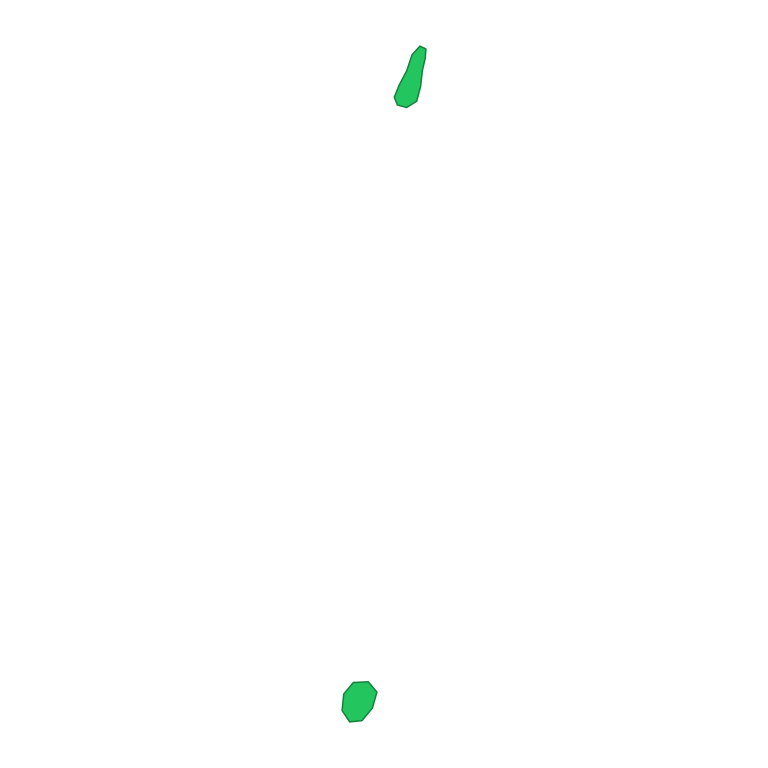 Maldives, Natural Earth projection
{"feature_id": "MDV", "entity_name": "Maldives", "entity_type": "country or territory", "adm_level": 0, "iso_a3": "MDV", "parent_name": "Seven seas (open ocean)", "parent_adm1": "", "projection": "natural_earth1", "projection_center": [73.467, 3.739], "detail": "fine", "context": "isolated", "style": "filled", "palette": "green", "viewbox_px": 768, "rotation_deg": 0, "n_neighbors": 0, "source": "natural_earth", "source_scale": "50m", "svg_char_len": 388}
<svg xmlns="http://www.w3.org/2000/svg" viewBox="0 0 768 768"><path d="M416.7,101.2L406.7,107.5L397.4,105.0L394.3,97.2L398.9,85.6L406.7,70.8L412.1,54.7L419.9,46.1L425.9,49.0L425.3,58.0L422.4,70.4L420.6,86.4L416.7,101.2ZM361.9,720.7L349.7,721.9L342.1,710.6L343.7,694.1L353.3,682.5L368.3,681.8L376.9,692.1L372.4,708.1L361.9,720.7Z" fill="#22c55e" stroke="#15803d" stroke-width="1.5"/></svg>